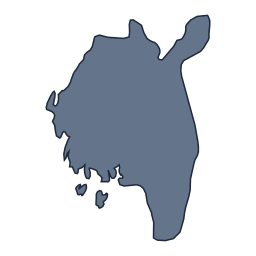 outline of Østfold
{"feature_id": "NOR-924", "entity_name": "Østfold", "entity_type": "County", "adm_level": 1, "iso_a3": "NOR", "parent_name": "Norway", "parent_adm1": "", "projection": "mercator", "projection_center": [11.13, 59.345], "detail": "fine", "context": "isolated", "style": "filled", "palette": "slate", "viewbox_px": 256, "rotation_deg": 0, "n_neighbors": 0, "source": "natural_earth", "source_scale": "10m", "svg_char_len": 2925}
<svg xmlns="http://www.w3.org/2000/svg" viewBox="0 0 256 256"><path d="M207.4,15.4L208.1,16.3L209.7,20.4L209.8,24.1L209.0,33.5L209.0,38.0L208.3,40.0L203.5,48.0L200.5,51.4L183.7,60.6L181.3,64.4L180.8,70.9L181.6,76.2L194.9,125.0L197.8,141.3L198.4,146.9L198.4,152.1L198.3,152.3L197.2,155.8L195.0,159.8L193.9,163.6L190.5,178.8L190.1,190.4L188.7,196.9L185.6,207.5L184.5,213.0L183.7,219.2L180.0,232.1L173.4,238.6L165.4,240.6L157.3,240.1L153.5,237.9L153.7,222.3L151.8,214.9L151.7,214.8L151.7,213.2L147.5,203.4L147.0,201.2L146.2,195.8L145.7,193.2L143.3,188.3L140.1,185.7L136.3,184.8L124.1,186.0L119.9,184.6L118.3,180.1L118.9,178.6L120.0,178.1L122.2,178.2L122.9,177.4L122.3,175.7L121.3,174.5L120.8,175.1L120.0,173.9L119.4,172.7L119.1,170.9L119.3,168.9L119.6,168.0L119.7,167.1L119.1,164.9L117.9,166.1L114.0,168.3L115.8,170.2L116.2,173.3L115.5,176.4L114.0,178.2L111.9,178.2L110.5,176.2L108.1,170.1L109.3,176.7L109.5,180.2L108.5,181.7L101.2,181.7L102.1,177.9L100.4,175.9L98.1,174.1L96.9,170.9L95.8,170.1L90.7,168.2L89.2,168.3L90.2,172.7L90.1,176.5L88.9,178.7L86.7,178.2L85.6,176.4L84.7,172.9L84.4,168.8L84.9,164.9L82.5,167.2L81.2,168.0L79.8,168.3L78.4,169.0L78.2,170.6L78.1,172.3L77.3,173.6L75.0,173.0L72.4,166.9L69.6,166.8L70.2,162.6L68.0,156.4L68.8,151.5L67.4,153.2L65.8,158.3L64.4,160.1L63.8,154.2L65.1,147.6L67.4,141.4L69.6,136.6L67.6,136.0L66.3,134.2L65.2,132.3L64.0,131.5L62.7,132.5L60.8,137.1L59.8,138.1L56.5,135.9L55.4,130.9L54.7,125.3L52.5,121.4L54.2,117.8L54.7,115.3L53.8,113.3L51.6,111.4L46.7,109.5L46.2,107.8L47.3,103.0L50.6,96.0L52.8,92.4L54.2,91.3L55.1,93.5L54.8,97.3L53.3,104.6L55.0,106.0L56.6,105.3L57.8,103.0L58.5,99.8L58.5,95.5L58.2,94.8L62.3,90.5L63.4,90.7L63.8,90.6L68.0,86.6L70.3,82.5L71.3,79.4L73.4,73.7L74.7,71.4L77.6,67.5L79.4,64.0L83.6,59.6L84.3,55.6L84.7,54.7L87.1,52.2L90.2,50.1L91.1,48.7L92.4,46.2L94.2,38.6L94.9,36.7L99.3,35.1L107.9,37.3L123.7,38.4L129.0,37.0L129.6,32.3L129.3,24.4L130.4,20.1L133.3,19.9L141.5,25.3L143.9,32.8L147.0,38.4L149.8,40.5L152.2,41.7L154.2,42.3L155.7,43.3L157.1,44.7L158.8,47.4L159.6,49.2L159.9,51.3L159.8,52.9L158.0,57.3L158.7,59.0L159.4,59.6L162.3,59.8L173.7,46.4L176.9,40.4L181.1,39.3L182.5,38.2L183.8,36.0L185.1,33.3L185.6,31.1L185.8,28.9L185.7,27.1L186.3,25.1L187.8,23.1L190.7,20.0L197.1,16.4L207.4,15.4ZM105.9,193.5L106.6,193.3L107.5,194.0L107.4,196.3L106.5,198.6L105.2,200.3L103.5,201.6L103.4,202.5L104.0,204.1L102.9,206.3L100.9,207.7L99.4,208.1L98.8,207.5L98.6,206.6L98.2,205.7L97.2,205.6L96.0,204.6L96.1,201.4L96.3,197.7L96.3,194.2L97.5,191.8L99.7,190.6L101.4,191.2L102.1,193.1L102.1,194.7L103.1,195.0L105.9,194.6L105.8,193.9L105.9,193.5ZM85.9,184.5L86.4,185.7L86.4,188.3L85.5,190.8L82.6,195.3L81.8,195.5L81.5,194.4L80.9,194.1L79.1,194.8L77.9,194.4L77.4,193.3L77.0,191.8L75.8,188.6L76.2,187.4L77.5,186.1L79.1,184.8L80.3,184.5L80.6,185.3L80.3,186.3L79.5,187.0L79.1,187.9L79.3,188.7L81.1,186.9L84.3,184.7L85.9,184.5Z" fill="#64748b" stroke="#1e293b" stroke-width="1.5"/></svg>